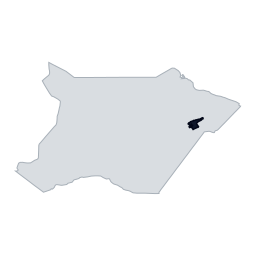 location of Kibwezi East, Eastern, Kenya, rotated 270°
{"feature_id": "3690345B7491344905793", "entity_name": "Kibwezi East", "entity_type": "district", "adm_level": 2, "iso_a3": "KEN", "parent_name": "Kenya", "parent_adm1": "Eastern", "projection": "equal_earth", "projection_center": [38.226, -2.656], "detail": "medium", "context": "in_parent", "style": "filled", "palette": "ink", "viewbox_px": 256, "rotation_deg": 270, "n_neighbors": 0, "source": "geoboundaries", "source_scale": "gbopen_adm2", "svg_char_len": 4222}
<svg xmlns="http://www.w3.org/2000/svg" viewBox="0 0 256 256"><g transform="rotate(270 128 128)"><path d="M62.5,159.0L62.4,155.2L62.8,145.6L62.8,137.2L63.2,133.0L64.7,130.3L65.4,128.4L65.9,125.7L66.7,123.4L68.6,121.6L68.9,120.6L70.8,117.6L72.0,113.8L72.9,112.5L74.0,111.2L74.8,110.6L76.0,110.0L77.0,109.6L77.2,109.3L77.3,108.7L77.0,106.3L77.4,105.5L78.1,103.9L78.9,102.4L79.6,101.4L80.0,100.5L80.1,98.8L80.2,97.6L80.2,95.6L79.9,91.2L79.1,87.5L78.6,83.3L79.0,82.0L78.3,79.5L78.0,79.4L77.5,78.9L76.8,76.6L76.3,74.5L76.0,73.9L73.8,72.1L72.7,67.8L71.5,66.8L70.8,62.5L70.7,61.3L71.4,57.0L71.3,56.1L70.6,55.2L68.5,54.2L66.9,52.5L67.1,51.9L67.2,51.2L66.3,50.8L63.8,43.5L67.1,39.1L70.4,34.6L74.7,29.0L78.6,23.8L82.0,19.3L85.0,15.4L85.0,16.1L85.0,17.1L85.3,17.7L86.0,18.2L86.8,17.7L87.6,17.1L88.3,17.0L92.8,18.6L93.6,20.1L93.6,21.6L93.7,22.8L93.4,23.9L93.0,27.3L93.1,30.5L94.5,32.8L95.7,34.6L96.7,37.2L97.4,38.0L98.3,38.4L101.5,38.5L106.1,38.7L110.5,38.8L110.9,38.9L111.9,39.2L115.9,42.7L119.7,45.9L122.8,48.6L125.9,51.3L128.9,53.9L131.2,56.1L133.5,56.8L137.2,57.1L139.8,57.2L142.2,58.1L145.7,58.9L148.3,59.4L149.9,59.9L154.3,60.4L155.1,60.1L157.0,57.7L159.2,53.8L160.0,51.6L162.9,49.5L167.8,46.5L171.3,44.4L175.2,42.3L176.9,44.1L179.4,47.1L180.5,48.5L181.4,49.2L182.7,49.6L184.3,49.6L185.2,49.5L187.0,49.1L191.2,48.8L193.6,48.8L191.5,52.7L189.1,57.4L184.7,66.0L181.3,70.5L178.7,73.9L178.5,74.5L178.5,78.4L178.5,87.7L178.6,106.3L178.7,125.0L178.7,143.6L178.7,153.0L178.7,156.1L181.0,160.0L183.2,163.8L186.1,168.9L187.7,171.6L187.9,172.5L187.8,174.4L185.4,178.2L183.5,179.9L180.8,180.7L180.0,180.6L179.0,180.0L178.6,180.9L178.3,182.3L177.7,182.0L177.3,181.6L177.5,184.1L177.8,185.4L177.4,187.1L176.1,188.5L176.0,189.8L173.2,193.0L169.3,193.4L167.2,195.0L166.3,196.3L165.6,199.2L165.8,203.6L164.7,207.1L164.5,208.8L162.5,211.0L161.6,213.0L160.9,215.1L160.4,216.0L159.7,220.6L158.7,223.4L158.5,224.3L158.2,225.2L157.5,226.8L157.0,228.0L156.7,228.7L154.3,235.9L152.4,239.2L150.9,238.8L150.0,240.0L149.9,240.6L149.3,240.3L148.1,239.1L145.6,236.7L143.1,234.2L140.6,231.8L138.0,229.3L135.5,226.9L133.0,224.5L130.5,222.0L128.0,219.6L126.5,218.1L125.8,217.3L125.3,215.6L125.1,215.2L124.4,214.7L123.6,214.5L123.4,214.2L123.4,213.4L123.7,212.2L124.6,210.0L124.7,208.7L124.5,207.2L124.2,204.8L124.0,204.2L122.3,203.0L118.8,200.3L115.3,197.7L111.8,195.1L108.3,192.4L104.8,189.8L101.3,187.2L97.8,184.5L94.3,181.9L90.8,179.3L87.3,176.6L83.8,174.0L80.3,171.4L76.8,168.7L73.3,166.1L69.8,163.5L66.3,160.8L64.9,159.9L63.8,159.0L62.5,159.0ZM179.0,184.6L178.4,184.8L178.7,183.5L180.5,181.9L181.2,182.3L181.4,182.6L181.3,183.0L181.0,183.3L179.0,184.6Z" fill="#d9dde1" stroke="#a8b0b8" stroke-width="1"/><path d="M128.8,198.2L129.4,198.5L131.7,196.9L131.8,196.7L132.3,196.5L132.4,196.4L132.5,196.1L132.5,196.4L132.8,196.6L134.1,197.9L134.8,199.1L135.0,199.5L135.7,201.0L136.2,201.6L136.5,201.6L136.9,202.3L137.2,202.6L137.3,203.0L137.5,202.9L137.8,202.7L137.9,202.9L138.2,202.9L138.3,202.7L138.2,202.4L138.1,202.5L138.0,202.2L137.9,202.2L137.8,201.8L137.6,201.8L137.6,201.6L137.4,201.1L137.4,200.9L137.2,200.9L137.3,200.6L137.1,200.5L137.1,200.3L137.0,200.2L136.9,200.0L136.8,199.9L136.9,199.7L136.8,199.2L136.7,199.1L136.8,198.7L136.2,196.6L136.1,195.9L135.8,195.5L135.9,195.3L135.8,195.2L135.5,194.1L135.4,194.0L135.3,193.5L135.4,193.4L135.1,193.2L135.1,192.9L135.0,192.7L134.9,192.4L134.9,192.2L134.7,191.9L134.3,190.5L133.9,190.4L133.8,190.2L133.7,190.2L133.5,189.9L133.3,189.0L133.1,188.9L132.9,188.6L132.7,188.6L132.3,188.4L132.2,188.2L131.9,188.3L131.9,188.6L131.8,188.9L131.8,189.0L131.6,189.0L131.4,189.3L131.2,189.4L131.2,189.5L130.9,189.4L130.6,189.8L130.6,190.0L130.3,190.2L130.3,190.6L130.4,190.8L130.5,191.1L130.8,191.4L131.0,191.6L131.3,191.6L131.5,191.6L131.4,191.7L130.9,192.2L130.3,192.6L130.1,192.4L130.0,192.1L129.7,191.8L129.5,191.3L129.2,190.7L129.4,190.5L129.4,190.4L129.4,190.1L129.5,189.8L129.7,189.7L129.3,189.7L129.1,189.2L129.0,189.3L128.9,189.3L128.7,189.5L128.4,189.8L128.6,190.1L129.1,190.2L128.8,190.8L128.4,191.8L128.0,192.1L126.5,193.1L127.3,194.5L127.8,195.7L128.0,196.0L128.2,196.6L128.5,196.7L128.6,196.8L128.7,197.1L128.6,197.7L128.7,198.0L128.8,198.2Z" fill="#0f172a" stroke="#020617" stroke-width="1.5"/></g></svg>